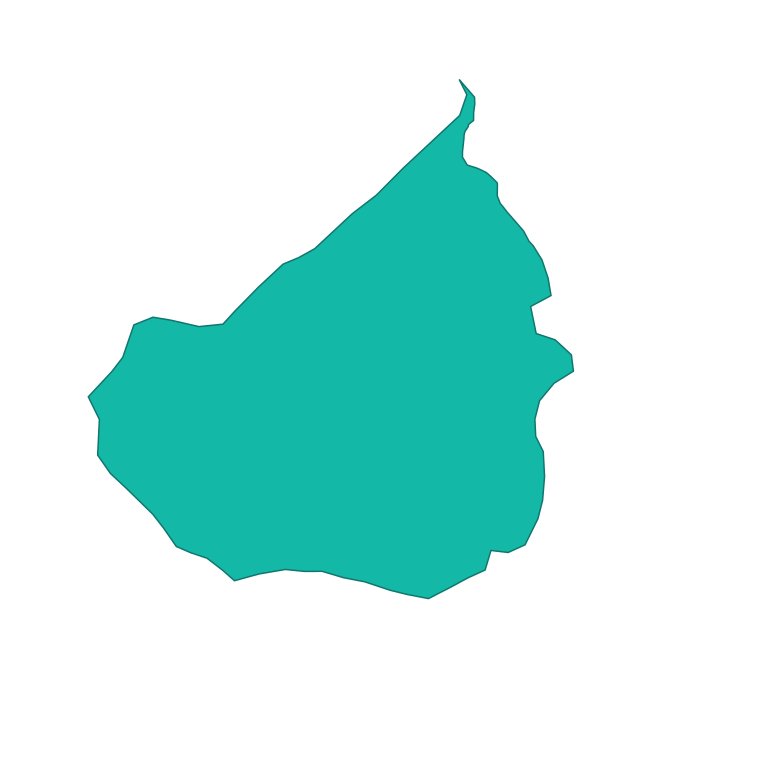 outline of Achna, Cyprus, rotated 227°
{"feature_id": "46923920B60375545574895", "entity_name": "Achna", "entity_type": "district", "adm_level": 2, "iso_a3": "CYP", "parent_name": "Cyprus", "parent_adm1": "", "projection": "equal_earth", "projection_center": [33.796, 35.043], "detail": "fine", "context": "isolated", "style": "filled", "palette": "teal", "viewbox_px": 768, "rotation_deg": 227, "n_neighbors": 0, "source": "geoboundaries", "source_scale": "gbopen_adm2", "svg_char_len": 1419}
<svg xmlns="http://www.w3.org/2000/svg" viewBox="0 0 768 768"><g transform="rotate(227 384 384)"><path d="M342.1,140.5L330.4,162.9L315.7,185.3L301.0,198.2L289.2,211.0L270.1,222.2L252.5,235.0L229.0,247.8L214.3,257.4L196.7,270.2L192.8,284.1L190.8,291.0L184.9,313.4L179.0,331.1L189.3,348.7L176.1,359.9L170.2,377.5L180.5,404.7L190.8,420.7L206.9,438.4L226.0,454.4L242.2,459.2L255.4,470.4L265.7,486.4L268.6,508.9L264.2,531.3L277.5,540.9L299.5,539.3L317.1,529.7L340.7,544.1L334.8,566.5L349.5,576.2L367.1,584.2L372.8,585.3L383.3,587.4L385.9,587.4L389.5,587.4L400.6,590.4L412.9,590.9L425.9,591.3L427.8,591.5L431.0,591.8L436.9,592.2L444.3,595.1L453.1,603.5L454.1,604.0L462.4,603.7L468.7,603.1L475.0,600.7L478.7,599.1L487.3,594.2L492.0,595.2L496.4,596.1L500.5,600.0L501.8,601.5L509.4,610.3L510.7,611.5L512.5,613.8L513.5,615.6L514.7,620.8L516.2,623.1L516.1,624.1L515.7,629.3L521.2,634.5L526.9,641.4L532.0,645.8L537.8,646.0L540.1,646.1L549.5,646.4L555.4,646.7L555.2,646.6L542.5,642.9L539.1,641.9L528.8,622.6L528.8,592.2L528.8,574.6L528.8,545.7L527.3,507.3L530.2,476.8L530.2,452.8L530.2,425.6L534.6,407.9L540.5,391.9L540.5,358.3L539.0,324.6L537.6,307.0L552.2,287.8L575.8,271.8L590.4,260.6L597.8,241.4L581.6,211.0L578.7,193.3L576.3,159.0L552.2,151.7L527.3,126.1L505.2,122.9L481.7,124.5L446.5,126.1L428.8,124.5L406.8,121.3L392.1,127.7L377.4,135.7L358.3,138.9L342.1,140.5Z" fill="#14b8a6" stroke="#0f766e" stroke-width="1.5"/></g></svg>